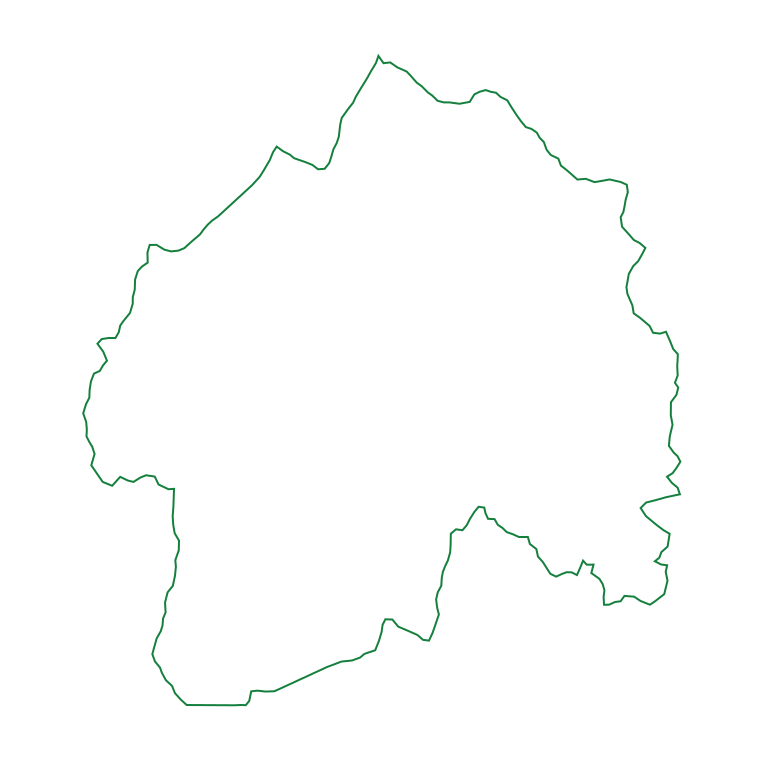 Olímpia, São Paulo, Brazil, rotated 182°
{"feature_id": "56859067B84297955645286", "entity_name": "Olímpia", "entity_type": "district", "adm_level": 2, "iso_a3": "BRA", "parent_name": "Brazil", "parent_adm1": "São Paulo", "projection": "robinson", "projection_center": [-48.975, -20.708], "detail": "fine", "context": "isolated", "style": "outline", "palette": "green", "viewbox_px": 768, "rotation_deg": 182, "n_neighbors": 0, "source": "geoboundaries", "source_scale": "gbopen_adm2", "svg_char_len": 3835}
<svg xmlns="http://www.w3.org/2000/svg" viewBox="0 0 768 768"><g transform="rotate(182 384 384)"><path d="M105.3,176.5L96.6,183.8L93.8,197.3L95.9,206.2L94.7,212.7L100.8,213.3L107.1,216.3L102.8,220.0L100.9,225.7L94.9,231.4L93.3,244.3L99.3,247.5L106.6,252.6L117.6,261.1L123.2,269.0L117.9,274.7L112.5,276.2L104.0,278.8L98.5,280.6L92.1,282.2L84.4,284.1L87.0,290.7L92.8,295.2L97.9,301.2L92.4,305.0L88.8,310.3L85.1,316.7L88.1,322.1L92.1,325.6L97.1,332.1L96.6,341.3L95.5,347.1L94.2,353.3L96.3,362.8L96.6,375.8L91.4,383.3L89.8,390.7L93.3,395.4L90.8,402.7L91.6,412.1L91.4,418.2L91.4,424.1L96.1,428.9L99.6,436.8L104.0,446.0L109.8,444.0L116.9,444.6L120.6,451.3L130.2,458.9L136.9,463.3L138.5,471.2L141.2,476.9L143.9,482.6L145.1,489.2L144.0,496.5L143.2,502.5L139.0,510.6L134.4,515.4L130.8,522.3L127.5,529.1L133.4,533.8L139.3,536.6L144.0,541.6L151.6,549.5L153.3,559.0L150.8,564.1L149.8,570.1L148.9,576.7L147.0,584.2L148.3,591.6L154.4,594.1L165.7,596.3L173.8,594.5L180.6,593.1L189.5,596.1L197.9,595.1L205.0,601.0L210.3,605.2L214.8,608.4L217.6,615.3L225.3,618.7L229.7,623.8L232.7,631.4L237.0,635.5L240.1,640.6L245.6,644.1L251.2,645.7L256.2,651.3L260.9,657.4L266.0,664.6L270.7,671.8L277.6,675.0L282.2,679.0L287.7,679.8L292.6,681.3L298.6,679.4L303.8,676.6L308.2,668.9L318.4,666.7L328.2,667.7L333.9,667.5L340.3,668.9L345.9,674.0L350.3,676.9L356.7,682.9L361.8,686.3L368.2,693.1L372.3,697.1L377.0,699.0L381.9,701.0L389.0,705.6L395.7,704.6L401.0,711.7L403.2,704.6L408.4,695.2L411.4,689.3L414.1,684.5L417.9,677.9L422.1,670.3L424.7,664.0L428.6,658.8L435.5,648.5L436.8,641.9L437.8,629.5L439.6,623.3L442.7,616.9L444.8,608.6L446.4,603.0L450.8,597.0L457.4,596.3L463.1,600.4L470.2,603.0L481.7,606.5L486.2,610.0L493.0,613.1L499.5,617.5L503.0,611.8L505.9,603.9L511.2,594.1L515.4,586.8L522.8,578.1L555.7,545.7L561.5,541.3L565.8,537.0L569.4,532.5L573.1,527.1L581.4,519.5L588.3,512.8L594.2,510.1L601.4,509.1L608.2,510.6L616.2,515.1L623.0,514.8L625.0,507.2L624.4,497.1L630.1,492.8L634.0,488.3L636.4,479.7L636.4,469.6L638.1,462.0L637.9,455.5L640.3,446.2L646.5,438.0L649.6,433.3L650.9,426.4L654.0,420.6L660.6,420.4L667.6,419.1L671.8,414.3L665.7,406.5L661.7,397.6L665.4,392.9L668.5,387.1L674.2,384.3L677.0,376.2L678.0,367.6L678.0,360.1L681.1,353.4L683.6,344.2L680.3,335.7L679.4,328.2L679.5,321.2L676.4,315.7L673.4,311.1L670.8,304.0L673.7,292.5L666.8,283.2L661.7,276.3L652.1,272.8L644.4,282.0L636.7,278.6L631.0,277.4L624.2,282.0L618.6,284.5L609.9,283.5L605.8,275.7L595.7,271.3L590.2,271.9L590.2,262.9L590.2,253.8L590.6,244.3L589.7,235.8L588.0,227.6L583.4,220.3L583.3,210.6L586.4,200.7L585.6,194.1L586.2,185.0L588.0,174.9L593.0,168.2L595.2,158.0L594.3,148.1L596.6,142.0L596.9,135.0L598.5,129.1L602.3,121.8L604.5,112.8L606.1,105.9L603.2,98.7L598.0,92.8L595.9,87.6L591.6,80.3L585.3,74.9L582.1,67.7L576.0,61.4L570.0,56.3L522.4,57.7L516.1,58.2L510.9,58.2L507.6,62.6L506.0,72.2L499.9,73.1L491.7,72.5L482.9,73.1L477.0,76.0L431.2,99.1L416.9,105.1L406.2,106.6L398.3,109.8L394.2,113.6L383.5,117.6L380.0,127.4L377.7,136.4L377.0,143.3L374.4,148.9L367.4,148.9L361.3,142.0L352.2,138.5L341.9,134.4L336.1,129.7L330.1,129.1L326.8,136.9L324.9,143.0L321.1,155.6L323.0,162.0L324.4,170.5L323.0,177.7L319.7,184.4L319.5,192.3L318.6,198.3L316.5,204.2L314.0,209.9L312.0,218.1L311.8,226.4L312.0,236.7L306.9,241.3L300.5,240.6L296.4,245.7L293.4,252.2L289.3,259.2L285.2,264.6L279.5,264.0L278.1,258.5L275.3,252.9L268.8,252.8L265.3,247.2L260.6,244.3L256.2,240.3L250.1,238.4L243.8,235.8L234.9,236.1L232.6,229.2L226.0,224.4L224.1,216.9L219.0,211.6L215.9,207.0L211.1,200.1L205.2,197.5L199.5,200.4L194.8,202.3L189.8,202.3L184.5,199.8L181.6,207.0L178.9,214.4L175.1,210.5L168.3,210.8L170.2,202.3L161.8,196.7L158.4,191.5L156.5,185.4L157.1,179.0L156.4,171.1L151.3,171.3L145.5,174.2L140.0,175.1L136.3,180.6L126.7,180.2L120.0,176.1L110.5,172.7L105.3,176.5Z" fill="none" stroke="#15803d" stroke-width="2"/></g></svg>